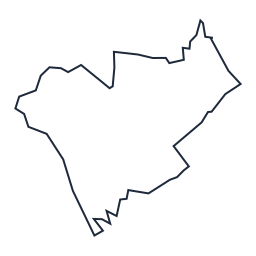 outline of Anderson, Tennessee, United States of America
{"feature_id": "52423323B19003785608571", "entity_name": "Anderson", "entity_type": "district", "adm_level": 2, "iso_a3": "USA", "parent_name": "United States of America", "parent_adm1": "Tennessee", "projection": "mercator", "projection_center": [-84.178, 36.106], "detail": "fine", "context": "isolated", "style": "outline", "palette": "slate", "viewbox_px": 256, "rotation_deg": 0, "n_neighbors": 0, "source": "geoboundaries", "source_scale": "gbopen_adm2", "svg_char_len": 731}
<svg xmlns="http://www.w3.org/2000/svg" viewBox="0 0 256 256"><path d="M212.9,37.8L205.3,36.8L203.0,23.1L200.4,20.5L196.4,35.1L190.2,41.5L189.5,48.7L182.8,47.8L183.8,59.8L169.3,63.1L165.8,57.9L152.7,58.0L137.9,54.5L113.9,51.8L114.4,67.4L112.7,86.3L109.6,88.2L81.1,65.0L68.1,72.1L61.0,68.2L49.5,67.3L40.8,75.6L35.8,90.4L19.2,96.6L15.4,108.5L24.1,113.9L28.4,126.8L46.7,133.9L63.2,159.4L72.9,190.9L94.4,235.5L102.9,230.7L93.8,218.9L102.0,219.2L110.2,223.7L106.6,210.9L116.6,216.0L120.2,199.5L126.6,198.8L128.3,190.1L148.5,193.4L169.8,179.8L177.1,177.1L183.7,170.4L188.8,166.4L173.6,146.1L201.6,122.4L208.0,112.0L211.6,111.7L225.3,94.1L240.6,84.0L228.5,70.9L210.5,37.8L212.9,37.8Z" fill="none" stroke="#1e293b" stroke-width="2"/></svg>